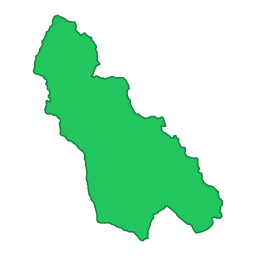 Acomayo, Cusco, Peru
{"feature_id": "86281439B20943617264122", "entity_name": "Acomayo", "entity_type": "district", "adm_level": 2, "iso_a3": "PER", "parent_name": "Peru", "parent_adm1": "Cusco", "projection": "orthographic", "projection_center": [-71.657, -13.926], "detail": "fine", "context": "isolated", "style": "filled", "palette": "green", "viewbox_px": 256, "rotation_deg": 0, "n_neighbors": 0, "source": "geoboundaries", "source_scale": "gbopen_adm2", "svg_char_len": 5720}
<svg xmlns="http://www.w3.org/2000/svg" viewBox="0 0 256 256"><path d="M185.4,148.5L185.0,147.9L184.1,147.2L183.4,147.2L182.1,147.4L181.4,147.1L180.7,146.4L180.4,145.5L179.4,143.9L178.8,142.6L178.4,140.8L178.8,140.0L178.8,139.4L178.1,138.6L177.3,138.3L176.2,137.1L176.0,136.2L175.7,135.6L174.4,135.7L173.8,136.1L173.5,136.7L173.5,137.6L173.3,138.0L173.1,138.1L170.7,137.5L169.3,135.7L167.1,134.5L166.4,133.8L163.6,132.5L162.8,131.8L161.7,130.2L161.3,128.0L161.3,126.9L161.8,126.2L162.5,126.0L165.4,126.3L165.7,126.1L165.4,125.1L165.2,123.4L163.8,121.7L164.0,120.4L163.6,119.5L163.5,118.4L162.5,117.5L162.2,117.0L161.4,117.1L159.8,118.0L158.0,118.4L156.6,118.0L154.6,116.4L153.2,116.6L152.7,116.4L152.0,116.6L150.6,116.4L149.8,117.2L149.3,117.5L145.3,118.5L142.6,117.0L141.9,117.1L141.3,116.9L140.8,116.3L140.6,115.7L139.8,115.3L139.1,114.5L138.0,114.0L136.0,114.0L135.4,113.4L134.6,112.3L134.2,111.5L131.8,107.6L130.3,103.5L130.2,100.9L129.5,99.5L127.9,97.4L127.5,96.2L127.1,94.3L127.1,90.7L127.4,90.1L128.3,89.3L128.9,89.1L129.2,88.6L128.5,85.5L127.6,83.5L126.9,82.6L125.7,80.1L123.4,77.8L122.9,77.6L122.1,77.7L121.3,77.6L120.2,77.9L118.4,77.5L117.5,77.9L116.7,78.1L115.5,77.8L112.9,76.8L111.9,76.7L107.4,78.3L104.8,78.9L104.0,78.7L103.0,78.0L101.6,78.1L100.0,77.8L99.4,77.4L98.9,76.9L97.0,75.9L95.8,76.2L94.0,77.2L93.5,77.2L93.0,76.7L92.1,76.3L91.9,76.1L91.9,75.3L92.9,74.5L93.3,73.6L93.3,72.3L94.0,71.3L93.7,70.5L95.7,67.9L95.7,67.0L96.6,65.4L98.2,65.2L99.8,64.0L97.2,60.5L97.4,58.5L97.2,57.2L97.3,56.4L97.1,55.8L97.0,52.2L96.9,51.8L96.0,50.5L95.6,49.1L95.6,48.7L96.2,47.2L96.2,45.9L94.9,44.3L93.4,41.6L91.7,39.9L91.6,39.7L91.6,37.9L91.1,37.5L88.6,36.5L87.2,35.5L86.1,34.6L85.2,33.4L84.6,33.1L83.5,33.3L82.8,34.4L80.7,35.0L80.2,34.8L78.8,32.9L77.5,31.9L75.6,29.8L75.5,29.0L76.2,26.7L76.2,25.5L74.9,22.9L74.7,22.0L72.3,22.2L67.6,21.1L64.4,18.5L59.7,16.5L57.9,15.4L57.5,15.4L56.5,15.9L54.9,16.1L54.4,16.7L52.8,20.2L52.5,21.8L52.7,23.6L52.5,24.7L50.0,27.2L49.6,28.0L49.2,29.8L47.8,31.3L46.4,32.0L46.2,34.5L46.0,35.0L44.4,38.1L44.0,39.2L43.7,39.6L42.5,40.5L42.2,41.3L42.0,42.4L42.5,43.4L42.6,44.4L42.4,45.3L41.6,46.7L40.2,48.2L39.9,48.9L39.5,51.6L38.8,52.6L38.3,53.9L37.5,54.9L36.1,55.8L35.9,56.3L35.7,56.8L36.1,58.0L36.0,58.7L35.2,61.0L34.6,64.0L34.7,66.2L34.5,67.7L33.7,69.9L33.5,71.8L34.1,72.7L36.0,74.1L37.4,74.0L38.3,74.2L40.4,75.4L42.0,75.7L43.5,76.8L44.1,78.0L44.8,78.9L45.6,79.4L46.4,79.6L46.6,80.0L46.7,81.1L47.1,81.8L47.1,82.3L46.8,82.9L45.7,83.6L45.7,83.8L46.2,84.6L47.3,85.3L47.4,86.3L47.3,88.1L47.6,89.4L48.7,89.8L49.5,91.3L49.5,93.2L49.8,94.3L49.5,94.8L48.5,95.4L48.4,96.7L48.9,97.6L50.4,99.2L50.6,99.6L50.0,100.6L50.0,101.3L49.3,101.7L49.0,101.7L48.4,101.5L47.5,100.6L46.8,100.7L46.2,101.3L46.1,102.2L46.7,103.6L46.5,105.1L45.8,106.7L44.8,109.8L44.9,110.2L45.3,111.0L45.4,112.1L45.7,112.7L46.2,113.2L47.2,113.5L48.0,114.1L48.8,114.0L50.5,113.3L51.3,113.6L53.0,115.0L56.3,115.5L57.1,116.0L57.4,117.2L58.0,117.9L59.7,118.6L60.3,119.7L60.5,121.0L60.3,122.1L59.4,122.8L59.4,123.1L59.6,125.2L60.1,126.4L60.0,127.4L60.3,128.8L60.3,129.9L60.7,130.9L60.6,132.0L60.2,133.2L60.4,133.9L61.1,135.0L61.8,135.5L64.1,136.0L65.2,136.6L65.7,137.5L66.3,138.1L66.8,139.3L67.9,140.1L68.7,140.9L69.8,141.0L70.5,140.8L70.9,140.9L72.6,142.1L73.5,143.2L74.6,143.8L76.0,144.8L76.8,145.2L77.3,145.8L77.8,147.4L78.2,147.9L79.0,148.3L79.4,148.8L80.5,149.8L83.6,152.1L84.1,153.1L85.0,156.4L84.4,159.1L85.4,161.0L85.9,163.1L86.0,163.6L85.4,164.6L85.8,166.1L86.4,167.0L86.4,169.7L87.1,171.5L86.9,172.7L87.1,174.5L86.5,176.3L86.3,178.3L87.0,181.3L87.7,183.3L87.5,184.2L88.2,186.0L88.0,187.9L88.6,190.5L89.0,193.8L89.6,195.5L90.8,196.7L90.9,198.3L91.2,199.5L93.9,202.8L94.2,203.5L97.1,215.1L97.0,219.8L97.4,221.0L98.1,222.1L98.7,222.4L102.0,223.0L103.3,222.8L104.8,223.0L108.3,222.7L111.0,223.7L111.7,224.2L115.0,225.2L116.7,226.7L118.5,226.9L119.4,227.5L121.8,227.9L123.1,229.5L124.5,230.4L127.1,230.6L129.1,231.8L129.9,231.9L131.3,231.7L133.7,232.0L136.4,235.1L138.0,236.2L138.6,237.9L140.2,239.7L141.3,240.4L142.3,240.6L142.9,240.6L143.6,240.2L144.2,239.2L144.9,239.1L146.0,238.5L147.7,238.5L148.1,238.2L148.1,237.8L147.6,236.0L147.6,234.9L148.1,233.9L147.9,230.9L150.3,224.8L150.7,222.5L151.2,220.9L152.0,219.6L153.3,218.3L153.6,217.8L153.4,216.3L153.1,215.6L153.2,214.8L153.6,214.5L156.5,213.4L157.5,213.2L157.9,212.8L158.8,211.3L159.8,210.9L164.4,208.2L164.9,207.7L165.5,206.6L165.5,206.1L166.0,205.8L166.7,205.9L168.2,206.7L169.7,208.1L171.3,209.1L173.7,211.1L174.8,212.3L175.8,213.0L176.7,214.2L177.1,215.3L177.9,215.9L178.8,217.0L180.3,218.3L182.1,219.5L183.5,220.9L186.5,223.5L188.5,224.4L189.5,224.1L189.9,224.2L191.4,225.4L195.0,231.9L195.7,232.6L196.4,232.8L197.3,232.8L202.4,231.5L206.7,229.5L209.1,228.1L212.2,224.6L212.8,223.5L212.9,221.4L211.8,218.9L212.1,218.2L214.2,217.0L214.6,217.0L215.3,217.5L216.8,218.1L219.9,218.1L220.5,218.0L221.6,216.8L221.9,215.7L221.5,215.3L221.5,213.6L221.4,213.3L220.7,213.2L220.1,212.2L220.0,211.5L220.6,209.2L220.4,207.3L220.7,206.5L221.7,205.6L222.4,204.1L222.3,202.3L222.5,201.1L221.1,199.8L220.8,199.1L219.5,198.4L218.7,196.9L218.7,195.7L217.9,193.8L218.3,192.1L218.1,191.5L216.5,191.0L216.3,189.9L215.4,189.4L213.6,187.5L213.0,187.0L211.1,186.2L208.1,185.5L206.2,184.6L205.6,183.8L204.3,183.1L203.9,182.5L201.9,178.8L202.0,177.5L202.2,176.4L201.9,174.7L201.9,173.9L201.7,173.5L200.9,173.1L199.5,172.7L198.8,171.8L198.3,170.6L198.3,170.1L199.5,169.0L199.5,168.6L199.2,167.8L198.2,166.9L198.1,165.5L197.7,164.7L197.9,163.2L197.7,160.8L197.8,159.2L197.7,158.9L197.1,158.2L196.5,158.0L195.2,158.3L193.1,158.2L190.6,157.5L188.0,156.6L187.1,156.5L186.7,156.2L186.1,155.1L185.4,154.6L184.9,152.9L184.8,152.3L185.1,151.4L185.4,148.5Z" fill="#22c55e" stroke="#15803d" stroke-width="1.5"/></svg>